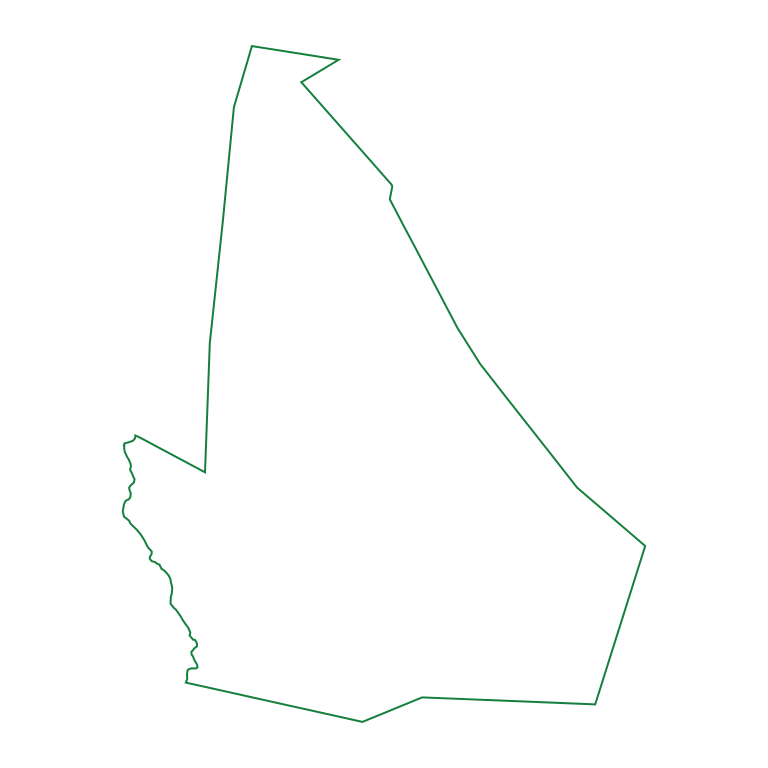 San Pedro Mártir Quiechapa, Oaxaca, Mexico (orthographic projection)
{"feature_id": "50627088B60700180885105", "entity_name": "San Pedro Mártir Quiechapa", "entity_type": "district", "adm_level": 2, "iso_a3": "MEX", "parent_name": "Mexico", "parent_adm1": "Oaxaca", "projection": "orthographic", "projection_center": [-96.291, 16.46], "detail": "fine", "context": "isolated", "style": "outline", "palette": "green", "viewbox_px": 768, "rotation_deg": 0, "n_neighbors": 0, "source": "geoboundaries", "source_scale": "gbopen_adm2", "svg_char_len": 1719}
<svg xmlns="http://www.w3.org/2000/svg" viewBox="0 0 768 768"><path d="M185.8,682.6L362.4,721.9L422.1,697.4L595.2,704.4L645.2,546.0L609.2,515.1L577.2,487.7L548.3,450.8L508.2,399.9L497.2,385.8L480.2,364.0L457.5,328.0L414.6,246.4L403.8,226.1L389.8,199.3L392.3,186.3L391.6,184.7L375.7,166.6L301.3,82.2L338.6,59.8L251.9,46.1L248.0,59.4L234.0,106.9L233.9,107.2L233.9,107.4L222.8,221.5L209.8,343.2L205.0,472.3L141.3,438.3L135.4,435.5L135.4,436.5L134.5,439.2L132.7,440.9L128.9,442.2L124.4,443.4L124.0,445.1L124.3,445.0L124.3,446.0L124.2,448.6L124.9,452.3L126.2,454.8L127.2,457.1L128.7,459.4L129.6,461.6L130.3,463.1L131.0,465.8L130.1,470.0L131.6,472.6L132.6,474.9L133.6,477.4L134.6,479.2L133.9,482.5L130.6,485.5L129.2,487.6L129.3,489.3L130.7,493.2L130.6,495.5L130.4,497.1L128.7,499.5L127.1,499.9L125.3,501.3L123.9,504.6L122.8,511.0L123.9,516.6L127.5,519.4L129.0,520.6L130.6,523.7L134.0,527.1L136.4,529.3L140.5,534.1L144.0,539.6L145.0,541.5L146.1,543.7L147.5,546.6L148.5,548.0L150.7,550.2L151.7,551.5L151.7,553.7L149.7,557.3L149.9,558.9L151.7,561.2L154.8,562.0L157.7,564.0L159.4,564.6L161.7,569.1L163.4,569.8L166.5,572.9L168.7,575.5L170.4,579.1L171.2,583.7L172.0,586.1L172.2,588.9L171.8,592.5L171.6,594.6L170.8,596.8L170.7,600.4L170.5,602.8L170.9,604.3L174.1,608.1L176.2,609.9L177.3,611.6L180.7,616.4L181.5,617.9L182.2,619.2L182.7,619.9L185.0,623.4L187.2,626.3L188.3,627.9L190.3,632.6L189.6,635.6L191.5,637.7L193.2,639.8L194.7,639.7L196.5,642.4L197.1,644.6L196.9,646.4L194.0,648.6L192.9,650.3L191.3,651.9L191.7,654.8L192.9,656.2L194.3,659.9L195.6,662.2L197.1,664.6L197.5,667.5L196.1,668.4L194.0,668.5L191.7,668.3L188.8,669.2L187.6,670.3L187.0,674.3L187.2,679.1L185.8,682.6Z" fill="none" stroke="#15803d" stroke-width="2"/></svg>